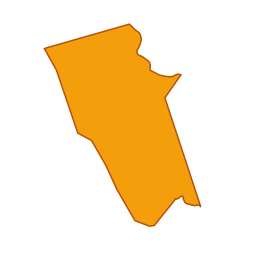 Sand De Feu, Castries, Saint Lucia (Equal Earth projection), rotated 167°
{"feature_id": "8701671B2564147185651", "entity_name": "Sand De Feu", "entity_type": "district", "adm_level": 2, "iso_a3": "LCA", "parent_name": "Saint Lucia", "parent_adm1": "Castries", "projection": "equal_earth", "projection_center": [-60.985, 13.929], "detail": "fine", "context": "isolated", "style": "filled", "palette": "amber", "viewbox_px": 256, "rotation_deg": 167, "n_neighbors": 0, "source": "geoboundaries", "source_scale": "gbopen_adm2", "svg_char_len": 2618}
<svg xmlns="http://www.w3.org/2000/svg" viewBox="0 0 256 256"><g transform="rotate(167 128 128)"><path d="M85.2,149.2L64.5,167.8L64.4,167.9L64.7,168.1L65.1,168.3L65.3,168.4L65.8,168.7L66.0,168.7L66.9,169.1L67.5,169.3L67.8,169.3L68.3,169.2L68.8,169.1L69.3,169.0L69.5,169.0L70.0,168.9L70.5,168.9L70.8,168.8L71.8,168.5L72.4,168.3L72.7,168.2L73.1,168.1L73.4,168.2L74.1,168.3L75.1,168.5L75.6,168.6L76.9,168.9L77.3,169.0L77.6,169.1L78.1,169.3L78.8,169.5L79.4,169.8L79.7,169.9L81.5,170.7L83.0,171.4L84.4,172.1L85.1,172.3L85.3,172.4L85.5,172.6L85.9,172.9L86.3,173.2L86.6,173.5L87.8,174.5L89.2,175.7L91.2,177.4L92.1,178.2L93.2,179.1L93.4,179.3L93.5,179.5L93.3,180.3L93.2,180.8L92.9,181.9L92.7,182.4L92.6,182.5L92.3,183.4L92.1,183.9L92.2,184.9L92.2,185.4L92.3,186.7L92.8,188.0L92.9,188.3L93.1,188.6L93.3,189.1L93.4,189.3L93.5,189.4L94.2,190.0L94.5,190.3L94.7,190.6L95.2,191.1L96.0,191.9L96.4,192.4L96.5,192.6L97.2,193.4L97.4,193.7L97.7,193.9L98.3,194.5L99.0,195.2L99.6,195.5L100.5,196.0L100.8,196.3L101.1,196.5L101.3,196.8L102.0,198.0L102.2,198.7L102.2,199.2L102.3,199.8L102.2,200.1L101.9,201.0L101.8,201.3L101.6,201.6L101.2,202.1L101.0,202.4L100.8,202.6L100.5,202.9L99.9,203.5L99.1,204.6L98.6,205.3L98.5,205.5L97.9,206.2L97.1,207.1L96.5,208.2L96.2,208.9L96.0,209.3L95.5,210.5L95.2,211.4L95.0,212.0L95.0,213.3L95.0,213.5L95.0,215.0L95.2,217.1L95.3,217.3L95.6,218.0L96.0,218.6L96.2,219.0L97.1,220.0L97.5,220.5L98.1,221.1L98.3,221.3L98.7,221.8L98.8,221.9L99.2,222.5L100.6,224.5L101.6,226.4L102.6,227.9L102.9,228.3L103.3,228.9L141.9,226.9L189.9,224.4L191.6,224.1L184.7,200.3L178.1,134.9L178.1,134.3L166.4,124.1L158.0,96.7L154.0,77.2L152.6,70.4L152.5,70.2L142.1,36.2L138.3,33.6L129.2,27.5L124.3,27.1L97.5,48.2L96.9,47.9L96.5,47.8L96.1,47.8L95.9,47.8L95.7,47.9L95.3,48.0L95.0,48.1L94.6,48.3L94.3,48.4L94.1,48.5L93.8,48.6L93.3,48.8L93.0,48.9L92.6,49.1L92.4,49.2L92.1,49.4L91.6,49.5L91.3,49.5L91.0,49.5L90.8,49.5L90.5,49.4L90.2,49.2L89.9,48.5L89.8,48.0L89.9,47.6L90.0,47.2L90.0,46.8L90.0,46.1L89.9,45.7L89.9,45.4L89.8,45.0L89.7,44.5L89.6,44.0L89.5,43.6L89.4,43.2L89.2,42.6L89.0,42.3L88.9,42.0L88.5,41.7L88.2,41.4L87.9,41.2L87.6,41.0L87.3,40.8L86.9,40.5L86.6,40.3L86.3,40.2L86.1,40.0L85.6,39.9L85.3,39.8L85.0,39.7L84.7,39.6L84.3,39.3L84.0,39.1L83.7,38.9L83.5,38.7L83.3,38.5L83.1,38.4L82.7,38.4L82.4,38.3L82.2,38.1L81.8,37.9L81.5,37.8L81.2,37.6L80.8,37.5L80.4,37.3L80.0,37.3L79.5,37.3L78.3,37.3L78.0,37.3L77.5,37.3L77.3,37.3L77.0,37.3L76.6,37.2L76.0,36.4L75.0,35.2L74.9,35.3L78.7,77.3L82.8,122.0L82.8,122.3L82.9,122.8L83.7,131.7L85.1,147.4L85.1,147.8L85.1,148.1L85.2,149.2Z" fill="#f59e0b" stroke="#b45309" stroke-width="1.5"/></g></svg>